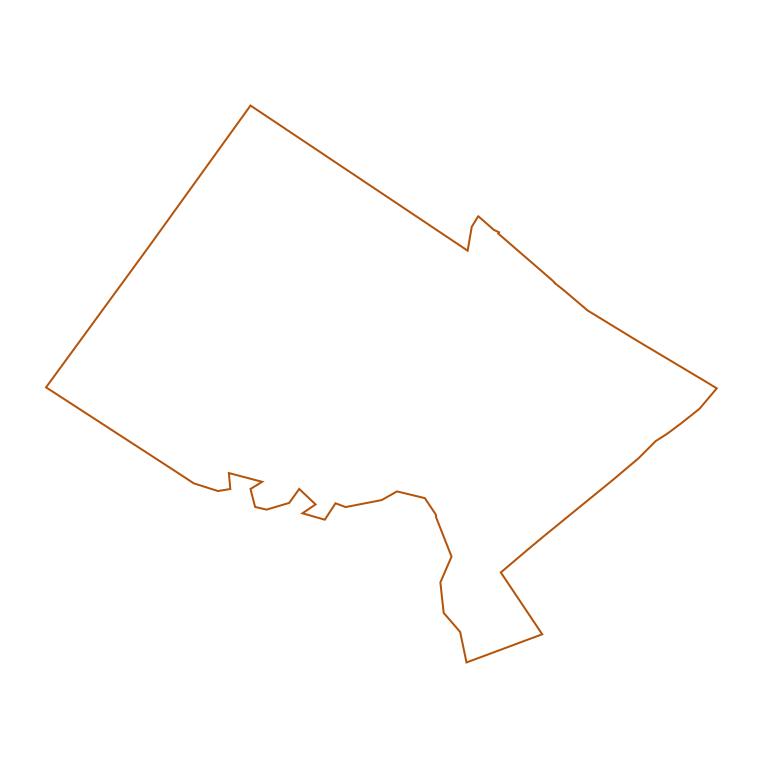 the district of Chatham, North Carolina, United States of America, rotated 34°
{"feature_id": "52423323B14354117939390", "entity_name": "Chatham", "entity_type": "district", "adm_level": 2, "iso_a3": "USA", "parent_name": "United States of America", "parent_adm1": "North Carolina", "projection": "natural_earth1", "projection_center": [-79.146, 35.696], "detail": "fine", "context": "isolated", "style": "outline", "palette": "amber", "viewbox_px": 768, "rotation_deg": 34, "n_neighbors": 0, "source": "geoboundaries", "source_scale": "gbopen_adm2", "svg_char_len": 1089}
<svg xmlns="http://www.w3.org/2000/svg" viewBox="0 0 768 768"><g transform="rotate(34 384 384)"><path d="M105.7,575.8L110.3,575.7L119.6,575.5L254.7,573.1L255.0,573.1L282.0,572.7L306.2,565.6L315.3,557.0L305.2,544.6L337.7,533.2L332.0,545.7L345.9,558.0L356.9,553.8L371.9,535.6L372.4,518.4L394.6,522.1L388.7,536.8L410.8,529.6L410.5,510.0L421.0,507.5L447.0,481.5L454.8,465.8L481.7,455.8L499.8,463.2L500.7,464.0L501.2,464.6L501.4,465.0L501.9,465.5L536.5,489.3L541.7,517.0L561.5,540.4L585.8,547.0L608.1,568.7L643.6,519.1L644.6,517.7L654.7,503.6L655.1,503.0L586.2,474.9L596.4,438.7L596.5,438.6L596.5,438.4L601.4,421.5L601.6,420.8L627.3,335.8L636.5,303.4L641.1,279.6L646.4,267.3L648.0,262.9L651.5,252.8L651.9,251.8L659.4,228.1L662.3,201.5L650.4,202.1L650.1,202.1L627.0,203.4L626.8,203.4L626.7,203.4L567.9,206.7L511.7,209.2L479.5,205.6L469.1,204.9L469.1,204.6L464.9,203.9L394.6,195.4L394.6,193.9L388.8,194.8L368.4,192.2L368.3,192.4L368.8,203.2L368.8,203.5L368.8,203.8L368.8,204.5L378.8,226.7L117.6,227.8L112.3,400.3L112.0,408.4L105.7,575.8Z" fill="none" stroke="#b45309" stroke-width="2"/></g></svg>